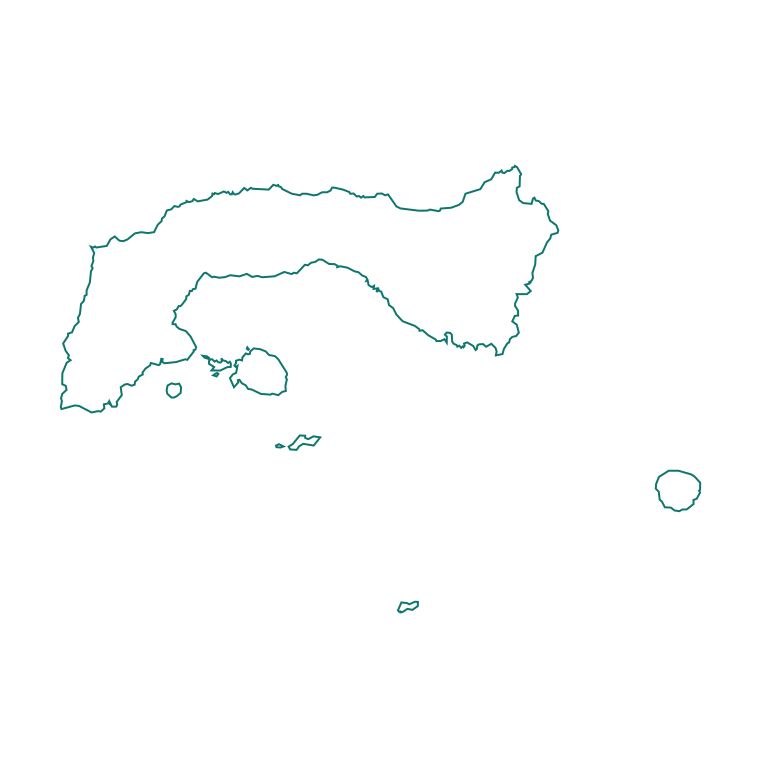 Sikka, Nusa Tenggara Timur, Indonesia, rotated 184°
{"feature_id": "22746128B25889265457696", "entity_name": "Sikka", "entity_type": "district", "adm_level": 2, "iso_a3": "IDN", "parent_name": "Indonesia", "parent_adm1": "Nusa Tenggara Timur", "projection": "orthographic", "projection_center": [122.277, -8.457], "detail": "fine", "context": "isolated", "style": "outline", "palette": "teal", "viewbox_px": 768, "rotation_deg": 184, "n_neighbors": 0, "source": "geoboundaries", "source_scale": "gbopen_adm2", "svg_char_len": 6133}
<svg xmlns="http://www.w3.org/2000/svg" viewBox="0 0 768 768"><g transform="rotate(184 384 384)"><path d="M266.3,609.5L268.7,610.7L269.0,609.6L271.2,608.8L271.2,607.2L274.0,605.2L275.7,605.4L278.8,602.7L280.9,603.3L281.6,605.1L284.3,602.7L287.9,602.6L291.3,595.7L297.7,592.3L301.5,585.1L316.0,579.5L318.2,571.2L321.7,567.9L329.4,564.5L339.6,563.0L340.3,560.8L341.6,560.2L350.3,561.2L352.8,560.0L361.5,559.3L379.8,560.3L384.0,562.0L393.2,573.4L396.1,572.3L399.4,573.9L404.1,573.3L406.3,569.9L416.3,568.8L417.8,570.1L419.8,568.3L422.1,569.8L424.1,569.1L427.7,571.9L430.9,571.4L432.1,573.1L438.2,575.0L447.0,576.4L449.4,576.3L450.9,573.2L454.1,571.3L459.2,570.9L463.9,568.0L467.5,567.3L474.5,568.4L478.9,568.1L480.9,566.4L489.3,567.4L498.9,571.3L500.7,573.4L503.1,573.9L503.4,575.1L505.4,574.2L508.3,575.0L512.5,569.9L528.8,569.6L530.5,570.4L533.8,567.6L537.1,569.8L541.9,564.1L545.3,562.7L546.7,562.8L548.3,564.8L549.0,562.6L550.8,562.5L552.8,564.8L554.4,563.7L557.2,564.9L562.8,561.9L566.1,562.7L566.7,561.5L568.4,562.0L568.6,559.5L572.8,555.7L582.5,553.2L586.7,555.3L587.9,553.0L591.3,551.8L593.7,552.8L593.8,551.6L599.5,548.8L600.3,547.0L601.9,546.3L605.5,546.9L608.4,543.4L612.7,542.0L614.7,535.8L617.0,533.6L617.2,531.1L620.8,527.1L624.0,519.4L630.1,518.1L636.8,518.5L642.9,516.9L650.0,510.3L654.0,508.3L657.9,508.5L662.9,512.4L666.9,509.3L670.2,502.4L680.5,500.1L681.9,501.0L683.7,499.8L685.9,500.5L682.2,494.4L683.2,489.6L682.5,486.4L684.1,481.2L682.7,479.3L684.2,475.8L684.5,464.8L687.2,456.6L686.9,452.2L688.7,451.1L689.2,446.0L691.8,442.7L692.2,432.7L693.9,428.6L692.8,424.6L696.7,420.1L698.8,413.8L702.8,412.1L702.4,410.0L706.9,402.1L703.9,394.9L700.3,390.6L701.1,387.8L698.3,385.9L702.0,383.1L705.6,372.3L705.0,361.4L701.3,359.9L700.3,355.9L704.2,351.8L705.2,347.2L704.1,344.5L704.8,338.4L704.0,336.5L691.1,341.0L686.8,340.9L673.7,335.2L667.3,337.0L664.6,336.7L661.3,340.2L662.0,344.2L657.8,345.4L657.5,346.5L656.4,345.3L656.4,346.9L653.8,342.4L649.6,342.7L648.7,344.5L649.4,347.5L644.8,354.6L646.4,362.4L642.6,365.4L639.8,366.1L635.7,364.7L632.7,366.0L632.5,369.0L630.1,371.4L629.1,374.3L625.3,376.7L625.7,378.6L623.0,382.8L618.6,386.3L618.1,388.7L610.0,387.1L608.8,388.1L607.9,393.6L606.6,393.5L606.8,390.5L604.3,389.4L592.9,391.4L584.0,394.8L581.9,394.4L576.0,403.2L576.3,404.4L574.5,405.2L574.0,407.7L580.2,417.8L585.4,423.0L591.9,424.7L594.9,426.8L596.1,429.1L599.0,428.9L599.3,430.2L596.5,436.0L596.7,439.1L598.7,442.3L596.0,443.9L594.2,447.4L592.5,447.5L591.2,448.9L587.2,455.0L587.3,457.6L584.9,459.4L584.2,463.3L582.2,463.3L581.2,465.3L578.7,465.9L577.5,472.8L571.4,481.9L569.4,482.6L562.9,478.5L561.1,479.2L555.9,478.5L550.2,479.5L544.9,481.8L535.6,481.3L528.5,484.3L523.0,481.6L517.7,483.0L512.8,482.0L500.6,483.8L491.3,488.8L483.8,487.2L481.8,488.7L478.6,488.4L471.2,497.4L468.2,497.1L465.2,499.9L461.1,501.0L457.7,503.7L454.2,503.7L447.1,499.9L441.6,500.1L438.7,498.7L438.8,497.3L435.8,498.4L428.5,497.5L421.2,494.3L417.2,493.7L413.4,490.8L409.4,489.4L408.0,487.1L408.0,486.4L408.7,485.9L408.8,485.6L407.5,486.2L406.3,481.6L402.8,479.8L400.8,481.2L401.0,478.1L397.1,479.0L397.9,475.1L396.1,478.1L395.3,476.5L393.2,476.0L390.7,470.6L386.2,468.7L384.5,463.1L380.1,460.3L376.6,454.3L369.8,447.9L357.2,444.1L352.6,441.1L352.3,439.6L349.2,440.3L343.2,435.7L335.7,432.1L334.7,430.5L330.5,430.8L326.9,432.9L324.3,429.6L324.6,435.7L326.7,437.5L325.1,439.7L321.5,439.6L319.8,437.9L319.0,431.3L317.5,429.1L314.1,427.8L313.5,426.4L311.6,427.5L309.5,425.4L308.1,427.0L307.2,426.2L306.2,427.8L307.0,429.9L304.0,431.3L297.7,428.2L295.0,424.3L293.9,425.2L293.5,429.0L291.9,430.2L287.9,430.7L284.7,428.3L279.7,431.6L275.3,427.8L273.9,424.2L274.4,420.4L267.9,422.1L266.8,427.5L263.7,433.2L262.1,434.2L261.5,437.5L259.3,439.9L255.5,441.1L253.1,444.6L255.7,452.4L260.4,455.4L258.3,461.0L255.0,461.7L255.4,466.6L258.7,470.9L258.8,473.7L256.5,479.6L258.0,482.9L247.7,483.6L244.1,487.0L250.0,492.9L246.1,494.2L245.1,495.3L246.1,495.9L244.0,497.3L242.8,500.1L243.7,505.2L241.5,513.7L241.6,522.1L235.1,526.1L231.3,536.5L228.3,540.8L227.6,544.6L221.4,546.9L220.8,549.3L223.2,554.4L229.8,558.6L232.5,565.1L232.1,567.9L237.2,574.8L239.3,574.8L242.2,577.2L245.5,577.7L246.9,580.3L248.3,579.4L249.4,574.0L257.7,574.2L262.0,576.8L265.2,584.8L265.1,589.0L262.5,590.6L262.9,601.0L261.8,602.8L266.3,609.5ZM506.0,365.5L496.4,365.5L494.9,366.6L488.7,365.5L484.9,369.1L481.5,370.1L482.2,375.4L481.2,381.8L482.5,384.1L481.4,386.3L481.8,388.5L491.2,401.3L494.7,404.2L500.7,404.9L504.3,408.3L510.0,410.1L516.5,410.4L519.7,407.1L519.8,404.8L521.7,404.1L524.0,404.8L527.0,400.8L527.3,397.6L530.0,398.2L533.2,396.9L533.1,394.4L534.5,392.0L533.1,390.7L531.4,391.9L532.3,384.8L535.6,382.9L538.1,379.1L533.4,370.3L529.5,375.5L530.0,377.6L528.5,378.1L525.8,374.8L521.8,373.0L519.2,369.6L515.6,369.3L506.0,365.5ZM80.5,277.7L77.7,279.6L73.3,280.0L66.8,285.9L67.2,289.9L64.1,291.3L61.1,297.8L62.3,299.5L61.3,300.5L61.7,307.6L67.8,313.4L71.4,315.3L84.2,318.0L94.0,317.3L103.2,310.5L105.6,303.2L105.6,298.6L102.4,295.7L100.9,287.8L98.5,286.0L95.2,280.6L89.2,280.7L85.3,278.1L80.5,277.7ZM473.0,312.2L466.6,312.2L464.2,316.0L460.4,318.7L449.8,317.7L443.9,326.3L450.6,326.9L455.7,323.7L458.8,324.7L459.1,326.9L464.4,326.8L470.8,317.7L474.8,314.9L473.0,312.2ZM595.2,355.7L592.7,355.8L589.8,357.4L586.2,361.0L586.2,366.6L588.5,370.1L592.0,369.1L596.0,369.8L599.8,367.4L600.4,362.5L599.5,359.2L595.2,355.7ZM557.0,385.5L548.3,386.0L541.7,389.8L538.1,390.4L538.2,393.7L539.3,395.4L541.1,394.1L543.4,395.8L546.5,396.4L548.0,398.4L547.4,395.4L548.4,394.0L550.8,394.1L552.7,395.8L554.6,394.5L557.0,396.6L558.9,396.5L560.2,394.6L559.9,391.9L554.6,389.1L557.0,385.5ZM351.8,158.2L351.6,157.3L349.1,158.1L345.0,161.3L339.8,160.7L334.8,164.8L335.0,169.0L338.0,168.9L343.5,166.0L345.8,167.1L351.4,167.3L354.3,159.2L353.0,157.9L351.8,158.2ZM486.9,313.5L482.8,313.4L479.8,314.7L484.7,316.6L487.4,315.0L486.9,313.5ZM566.8,399.5L565.0,397.9L560.1,396.6L560.4,397.9L562.5,399.2L566.8,399.5ZM551.1,383.3L552.9,382.5L555.0,380.8L551.5,379.9L549.9,382.5L551.1,383.3ZM523.3,409.6L521.8,408.6L521.3,409.2L522.9,411.0L523.3,409.6Z" fill="none" stroke="#0f766e" stroke-width="2"/></g></svg>